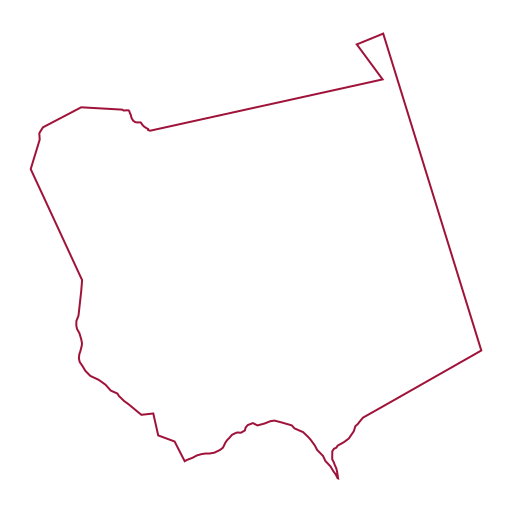 the district of Santiago Yaitepec, Oaxaca, Mexico
{"feature_id": "50627088B1760637250233", "entity_name": "Santiago Yaitepec", "entity_type": "district", "adm_level": 2, "iso_a3": "MEX", "parent_name": "Mexico", "parent_adm1": "Oaxaca", "projection": "orthographic", "projection_center": [-97.247, 16.21], "detail": "fine", "context": "isolated", "style": "outline", "palette": "rose", "viewbox_px": 512, "rotation_deg": 0, "n_neighbors": 0, "source": "geoboundaries", "source_scale": "gbopen_adm2", "svg_char_len": 1680}
<svg xmlns="http://www.w3.org/2000/svg" viewBox="0 0 512 512"><path d="M383.2,33.6L382.0,34.1L356.8,44.4L382.6,79.4L150.2,130.7L148.2,130.1L148.2,129.5L148.1,129.0L147.4,128.7L145.6,127.6L144.0,126.5L142.5,125.0L141.3,123.2L140.9,122.6L140.4,122.4L138.5,122.4L136.7,122.4L135.2,122.1L133.2,120.7L131.9,118.6L131.5,117.9L130.7,114.5L130.1,113.7L129.3,111.2L128.4,110.3L127.1,110.3L123.9,110.5L123.7,110.5L122.1,109.6L121.8,109.6L81.2,107.3L43.2,127.2L42.9,127.4L39.9,132.2L39.3,133.3L39.7,139.6L30.7,169.1L44.3,198.4L82.1,280.1L81.2,291.3L78.5,315.6L76.4,321.0L76.3,325.4L77.0,328.9L79.4,333.2L81.2,339.1L82.0,343.4L81.7,345.9L80.3,351.4L79.3,354.2L78.9,358.5L79.7,362.0L82.4,365.9L85.4,370.9L90.3,375.9L98.8,379.9L105.5,384.7L110.8,390.6L117.5,393.6L118.9,396.0L124.2,401.1L128.5,404.2L137.8,411.9L141.4,414.8L153.3,413.5L158.2,435.4L174.6,441.5L183.2,458.3L184.7,461.2L186.8,460.0L192.7,457.7L197.0,455.4L201.2,454.2L205.5,453.5L209.5,453.5L214.3,452.7L220.1,449.9L223.0,447.6L225.3,442.8L226.9,440.4L229.5,437.7L232.0,434.8L234.8,433.4L237.1,432.5L241.0,432.7L244.9,430.4L245.6,427.6L247.7,425.1L252.9,423.1L257.4,425.4L264.3,423.6L270.4,421.2L272.5,420.9L274.5,420.6L281.1,422.3L291.8,425.4L294.5,428.4L300.9,431.2L303.1,432.1L308.4,437.2L310.6,439.7L314.9,445.6L317.1,449.9L323.0,455.9L325.4,461.0L330.5,466.4L333.6,471.6L335.6,474.2L337.6,478.2L338.1,478.4L337.0,471.2L336.3,468.4L334.6,464.6L333.9,462.5L332.2,459.2L332.3,451.3L333.9,448.8L336.3,447.7L337.7,445.6L342.4,443.0L344.3,441.9L348.8,438.5L353.7,431.4L354.6,428.7L355.4,426.1L356.5,425.2L358.1,423.7L359.1,422.3L362.9,417.7L394.4,399.9L481.3,350.5L383.2,33.6Z" fill="none" stroke="#9f1239" stroke-width="2"/></svg>